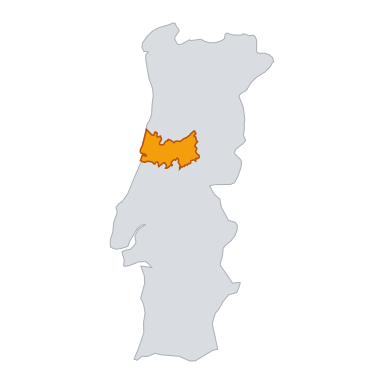 Portugal, with Coimbra highlighted
{"feature_id": "PRT-752", "entity_name": "Coimbra", "entity_type": "District", "adm_level": 1, "iso_a3": "PRT", "parent_name": "Portugal", "parent_adm1": "", "projection": "albers", "projection_center": [-8.26, 40.222], "detail": "fine", "context": "in_parent", "style": "filled", "palette": "amber", "viewbox_px": 384, "rotation_deg": 0, "n_neighbors": 0, "source": "natural_earth", "source_scale": "10m", "svg_char_len": 5345}
<svg xmlns="http://www.w3.org/2000/svg" viewBox="0 0 384 384"><path d="M147.5,35.9L152.1,31.5L156.7,28.6L159.2,27.5L169.8,24.5L172.5,23.0L175.1,23.3L175.6,24.7L177.1,27.5L178.7,29.5L179.2,30.9L175.1,36.9L174.6,38.9L176.7,42.8L177.1,43.9L178.1,44.5L181.0,44.3L186.0,41.8L189.5,39.7L190.7,40.6L200.6,39.3L203.0,40.3L204.6,41.3L209.5,42.7L214.9,42.8L221.5,40.7L224.4,38.7L224.9,36.4L225.0,34.7L225.8,33.6L227.3,33.0L229.7,34.1L233.1,34.9L241.2,35.2L242.7,33.9L245.5,34.2L249.1,35.7L253.3,35.1L255.4,37.0L256.4,39.6L256.7,45.1L256.5,50.8L257.4,52.8L260.2,53.3L264.8,53.2L268.9,54.6L272.2,57.2L273.3,59.9L273.8,61.7L272.3,62.8L270.1,66.9L264.6,72.3L256.7,77.1L250.6,83.1L246.5,90.2L241.2,93.3L239.6,94.9L239.0,96.8L242.7,105.4L243.9,112.0L244.9,120.1L244.3,122.5L244.2,131.4L243.4,134.1L243.7,136.2L245.0,138.4L245.6,140.6L243.2,143.5L238.8,146.8L235.5,149.7L234.6,152.3L234.9,154.0L240.6,159.6L241.6,161.9L241.0,167.4L237.8,176.6L234.8,182.2L234.3,182.8L230.7,184.4L213.7,184.7L209.6,186.0L210.2,187.1L214.2,194.2L218.5,198.0L219.8,198.8L221.4,207.2L228.4,220.4L235.0,222.2L237.4,225.5L237.0,230.2L235.1,235.4L231.1,240.7L226.3,244.5L223.1,248.2L222.9,252.5L222.0,258.0L220.5,262.3L220.2,265.2L232.6,283.2L239.4,282.3L240.3,282.7L239.1,287.0L237.1,292.1L234.5,293.2L228.6,294.8L223.2,301.4L218.7,309.4L215.4,313.2L212.4,322.7L212.8,326.7L214.3,333.0L217.7,349.3L213.1,350.1L195.3,360.9L189.7,361.0L179.3,356.3L161.0,354.8L155.1,353.3L147.6,356.4L141.9,356.3L137.2,360.2L134.0,359.1L137.8,350.3L143.8,332.9L143.6,322.3L145.1,313.0L143.5,303.9L140.7,298.1L144.7,283.4L144.3,275.7L140.8,266.0L151.7,267.6L148.4,263.7L145.0,261.3L141.8,261.9L139.1,261.7L129.7,265.4L125.0,266.4L123.6,265.8L124.2,259.8L121.9,252.0L125.6,250.0L130.0,249.5L133.7,246.2L136.0,242.5L134.9,235.9L138.1,229.7L145.6,224.5L141.7,225.2L137.3,228.5L130.2,240.4L127.8,246.4L121.8,248.3L116.4,249.2L113.7,248.6L110.4,247.0L110.2,242.5L110.5,239.0L112.8,231.9L113.8,221.9L117.1,213.0L116.9,210.6L116.0,207.1L118.9,203.6L122.4,201.4L127.7,193.7L135.2,175.5L143.7,156.1L143.1,153.7L141.3,151.9L142.0,146.6L147.2,123.8L149.3,120.9L151.6,114.2L152.2,103.4L153.2,96.0L153.0,92.2L152.3,87.7L149.1,79.1L145.9,61.0L145.7,54.9L148.4,51.9L144.0,51.4L142.0,47.5L142.5,43.0L147.5,35.9Z" fill="#d9dde1" stroke="#a8b0b8" stroke-width="1"/><path d="M140.4,160.6L142.2,155.5L142.9,154.6L143.5,155.4L144.4,155.8L146.4,155.9L146.4,155.4L145.6,154.7L144.8,154.1L143.9,153.7L141.6,153.4L140.8,152.9L140.3,151.9L140.2,150.5L140.9,148.6L142.4,145.6L145.8,132.5L146.4,129.3L146.5,129.4L152.0,135.1L153.7,135.3L154.1,134.7L154.2,133.6L155.3,131.9L157.3,133.2L156.9,134.9L157.0,135.5L157.1,136.7L157.5,137.2L157.9,137.3L158.4,137.1L159.2,136.5L160.0,136.2L160.5,136.1L160.8,137.4L161.4,138.5L161.5,139.0L161.4,139.4L161.1,140.4L161.0,140.6L160.8,140.8L160.7,140.9L160.4,141.1L160.1,141.6L159.7,142.6L159.6,143.3L159.6,143.9L159.6,144.3L160.0,144.7L162.9,145.0L163.3,144.7L163.8,144.3L164.0,143.7L165.1,142.2L165.4,141.7L165.8,141.2L166.2,141.1L167.3,141.1L167.9,140.3L167.8,139.8L168.3,139.3L168.9,139.5L169.4,139.9L170.9,140.4L172.1,141.2L172.9,141.9L173.7,142.3L174.1,142.7L174.4,142.7L174.5,142.5L174.6,142.2L174.7,141.9L174.8,141.6L175.0,141.4L177.1,141.0L180.0,141.5L183.8,138.7L186.6,137.5L188.7,135.9L189.6,135.5L190.8,133.6L192.5,132.3L193.1,131.6L193.6,131.2L194.6,131.0L195.2,132.5L195.5,132.7L195.8,133.2L195.8,133.7L195.6,134.3L195.3,134.7L194.9,134.9L194.5,135.1L194.2,135.4L194.0,135.9L194.4,136.5L194.8,136.8L195.7,137.0L196.0,137.3L195.9,137.9L196.3,140.2L196.7,140.7L197.4,141.4L197.6,141.7L197.4,142.2L196.3,143.0L195.9,143.5L195.5,144.2L195.3,145.3L194.7,146.5L196.1,147.3L196.9,148.5L195.8,151.1L195.6,151.6L195.9,152.4L196.2,152.8L196.7,153.3L197.5,154.3L198.9,155.3L199.2,156.0L199.2,156.4L199.2,156.8L199.2,157.2L199.0,157.5L198.6,158.0L197.6,158.6L197.1,158.7L196.7,158.6L196.5,158.4L196.5,158.2L196.2,158.1L196.0,158.3L195.7,158.7L195.8,159.8L195.7,161.1L194.7,160.3L194.2,160.1L193.8,159.9L193.1,160.0L192.4,160.1L191.2,160.7L190.6,161.4L190.5,161.9L190.7,162.8L190.6,163.2L190.1,163.5L189.1,163.5L188.8,163.6L188.4,163.8L187.7,164.8L187.5,165.0L187.3,164.9L187.0,164.8L186.6,164.7L186.2,164.8L185.9,165.0L185.6,165.3L184.9,165.3L184.7,165.4L184.6,165.8L184.5,166.1L184.3,166.4L183.5,166.4L182.3,166.7L181.8,167.3L181.1,167.4L180.9,167.5L180.5,167.8L180.4,168.2L179.6,169.0L179.7,168.2L179.6,167.8L179.5,167.5L179.7,166.8L179.9,166.6L180.5,166.1L178.4,162.7L178.3,161.6L178.6,159.7L178.4,159.3L178.1,158.8L177.8,158.5L177.1,158.1L175.6,160.2L174.1,159.6L171.9,161.5L171.2,162.8L171.2,163.2L171.3,163.6L171.4,163.9L172.1,164.4L172.3,164.8L172.2,165.4L171.9,165.7L171.4,165.7L170.6,165.4L170.1,165.5L168.3,167.5L166.3,168.3L165.9,168.3L165.5,168.1L165.7,167.9L166.1,167.7L166.4,167.2L166.5,166.7L166.3,165.8L165.8,164.5L165.1,163.1L164.8,162.8L164.3,162.8L164.2,163.1L163.2,163.0L161.5,164.4L160.2,165.2L159.3,166.4L158.9,166.7L158.7,166.5L158.5,166.1L158.4,165.6L158.4,164.6L158.3,164.0L158.0,162.5L157.7,162.1L157.3,161.9L157.0,161.9L156.6,162.0L156.3,162.1L155.9,162.4L155.1,163.7L155.0,163.9L154.7,164.0L154.2,164.0L153.8,163.9L153.7,163.8L153.2,163.1L152.4,162.3L151.8,161.9L150.7,161.6L149.7,161.6L147.2,161.3L145.9,161.8L145.3,162.3L144.8,162.3L143.2,162.0L142.5,161.6L142.0,161.3L140.7,160.7L140.4,160.6L140.4,160.6Z" fill="#f59e0b" stroke="#b45309" stroke-width="1.5"/></svg>